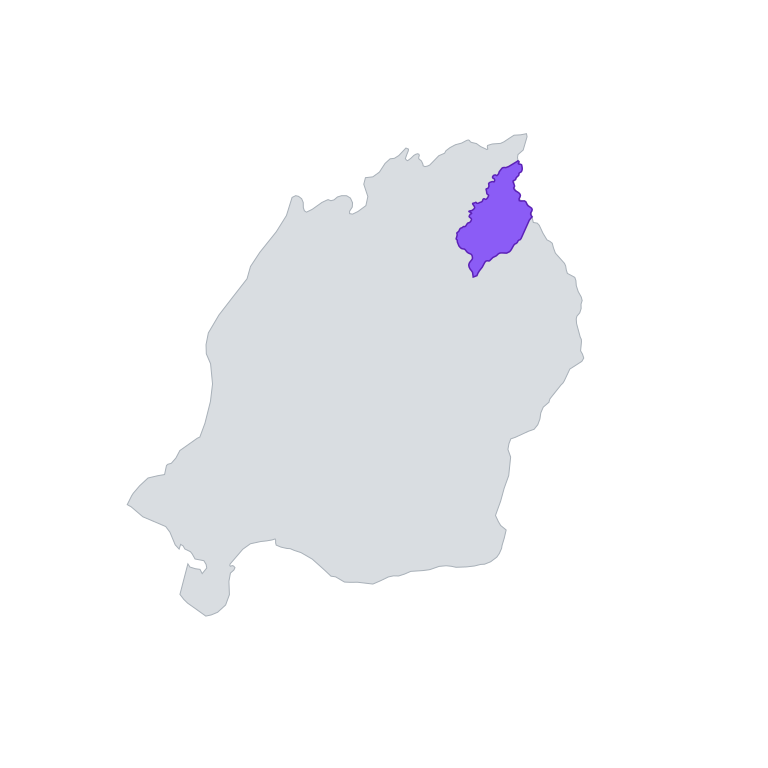 Arad on a map of Romania (Equal Earth projection), rotated 117°
{"feature_id": "ROU-276", "entity_name": "Arad", "entity_type": "County", "adm_level": 1, "iso_a3": "ROU", "parent_name": "Romania", "parent_adm1": "", "projection": "equal_earth", "projection_center": [21.659, 46.275], "detail": "fine", "context": "in_parent", "style": "filled", "palette": "violet", "viewbox_px": 768, "rotation_deg": 117, "n_neighbors": 0, "source": "natural_earth", "source_scale": "10m", "svg_char_len": 6698}
<svg xmlns="http://www.w3.org/2000/svg" viewBox="0 0 768 768"><g transform="rotate(117 384 384)"><path d="M580.3,422.3L587.0,430.5L595.3,434.8L614.3,439.4L615.9,438.9L616.1,438.0L614.7,436.8L614.5,435.3L615.3,433.4L617.9,433.3L622.2,435.0L630.2,432.6L641.9,426.1L652.8,424.8L662.9,428.6L668.2,433.1L671.7,437.4L670.9,442.6L670.4,445.9L668.4,459.5L666.8,464.6L664.1,470.3L633.3,477.1L635.2,473.8L634.2,468.1L632.7,463.8L635.5,459.9L628.4,458.4L625.5,460.6L623.2,464.3L625.7,472.9L622.5,477.7L621.3,480.3L621.4,486.6L619.5,489.4L619.2,492.4L624.1,491.6L622.1,497.0L613.2,507.5L610.1,513.8L611.8,538.6L608.2,553.6L608.1,558.0L598.1,558.1L595.1,557.8L585.6,555.5L574.9,551.6L568.4,543.9L564.3,538.4L555.4,540.8L553.7,540.2L551.2,537.5L544.4,535.8L536.0,535.7L517.0,525.7L514.9,524.0L500.3,525.7L478.4,530.7L461.8,536.8L444.7,547.7L437.8,556.0L429.8,560.4L418.2,563.7L397.4,562.4L375.7,558.3L352.4,553.8L339.9,556.3L322.9,554.4L297.3,549.1L278.2,547.4L259.5,550.6L256.3,548.2L255.6,545.4L256.3,541.5L258.9,538.4L263.4,536.0L265.8,533.6L266.1,531.1L260.9,527.2L250.5,521.8L246.1,518.4L245.1,517.5L244.8,514.5L242.6,512.1L238.5,510.4L235.4,507.2L233.2,502.7L233.6,498.3L236.8,494.3L240.8,492.6L245.7,493.1L247.8,492.0L246.9,489.1L242.1,485.5L233.3,481.1L224.3,483.5L215.2,492.7L208.6,494.2L204.5,488.0L197.3,484.3L187.0,483.2L180.6,480.8L178.2,477.2L173.7,474.5L163.8,471.6L163.6,468.8L165.3,468.2L168.8,467.9L173.5,467.3L174.3,465.7L174.3,464.3L170.6,462.5L166.8,461.2L164.9,460.0L163.6,458.6L163.4,457.2L164.5,456.2L166.0,456.1L167.5,455.3L168.3,451.9L170.4,449.2L171.8,448.2L171.7,446.2L170.2,444.3L168.2,442.7L165.1,441.7L155.7,438.8L150.9,434.8L148.0,434.7L143.4,432.5L138.4,429.0L134.1,424.2L129.5,421.0L128.3,419.7L128.2,418.4L129.0,417.1L129.0,415.6L127.8,410.8L128.6,405.7L128.4,401.0L128.4,398.8L127.5,398.2L126.7,398.9L125.5,399.8L124.4,400.0L121.0,396.5L116.7,389.4L113.8,387.1L108.1,383.9L103.3,381.1L99.9,375.3L96.3,370.7L98.7,368.8L112.4,366.2L118.8,368.8L121.7,367.8L124.5,365.7L126.0,364.0L126.3,362.2L127.7,360.0L132.4,358.9L144.6,360.3L149.6,357.2L151.4,355.4L152.5,351.7L153.8,348.6L158.2,347.0L158.1,344.3L157.5,341.3L160.0,334.6L161.6,331.8L164.1,330.8L167.1,328.7L172.3,324.3L171.1,320.5L172.1,317.7L177.5,310.8L181.6,304.2L181.6,300.9L182.2,298.0L185.8,294.8L189.6,290.7L194.6,277.9L196.4,275.7L199.7,273.3L202.2,270.8L202.4,262.4L204.7,260.0L209.1,257.3L213.5,252.9L217.0,247.7L219.7,245.3L223.4,244.7L227.3,242.6L231.7,241.9L236.0,242.9L238.7,242.3L242.8,239.8L253.2,230.4L254.6,228.5L256.8,227.2L265.2,223.9L267.3,220.7L270.2,217.8L274.0,218.0L286.3,225.2L299.4,224.8L301.9,225.0L302.6,225.2L304.2,225.8L321.8,229.4L324.5,229.0L325.2,228.7L332.3,231.6L338.5,231.2L344.4,229.2L350.5,228.5L356.2,229.7L360.6,233.9L371.9,242.8L375.3,246.1L380.4,245.6L386.0,243.9L391.6,238.0L409.0,231.3L422.4,229.6L435.4,226.9L450.5,225.0L454.8,219.5L457.1,215.8L458.6,208.9L466.7,206.9L474.4,205.5L477.1,204.6L482.8,204.3L487.1,204.9L494.0,208.3L498.9,212.6L500.9,216.0L505.1,220.8L509.6,227.6L514.6,236.6L515.8,241.1L517.7,246.1L521.5,252.1L528.4,258.7L529.4,260.0L532.6,264.7L538.8,275.1L543.9,279.3L548.4,283.8L550.6,288.4L553.9,292.5L561.3,298.1L567.3,303.1L572.6,317.5L576.1,324.2L578.4,329.3L577.8,339.6L579.3,344.0L576.9,352.1L572.6,368.4L571.9,381.4L573.0,388.4L573.3,392.9L574.6,395.8L576.1,401.7L576.5,406.9L574.8,408.4L572.4,409.6L571.5,410.7L573.8,413.0L577.1,417.4L580.3,422.3Z" fill="#d9dde1" stroke="#a8b0b8" stroke-width="1"/><path d="M164.9,331.0L166.2,330.4L167.4,328.9L167.8,327.9L169.1,328.3L172.0,328.9L192.1,327.9L193.6,328.2L194.0,328.6L194.5,329.1L195.3,329.5L196.1,329.5L197.2,329.5L198.0,329.7L199.0,330.2L199.8,330.9L201.3,331.4L206.6,331.6L208.2,331.9L209.3,332.3L210.0,332.9L211.3,333.8L211.8,334.3L212.2,335.2L213.6,338.3L214.3,339.6L215.2,340.6L216.4,341.3L217.9,341.8L218.9,342.2L221.8,344.4L226.3,345.9L226.8,346.4L227.0,347.1L227.3,347.9L228.0,348.8L228.9,349.2L229.8,349.4L235.3,349.5L239.9,350.4L242.7,350.6L245.3,350.4L248.2,353.1L244.3,355.8L243.2,357.8L242.7,359.1L241.3,361.1L240.0,362.2L238.9,362.7L237.5,362.9L236.3,362.8L233.0,362.1L231.9,362.2L231.0,362.7L229.6,363.8L229.1,364.6L228.8,365.5L229.0,368.0L228.9,369.1L228.6,370.3L227.8,371.9L227.4,372.9L227.3,373.6L227.9,375.5L228.1,376.3L228.0,377.2L227.6,378.5L227.0,379.9L224.2,383.1L223.1,383.7L222.8,383.9L222.5,384.2L222.2,385.3L221.9,385.6L221.5,385.8L220.5,385.9L218.2,386.4L217.8,386.6L217.3,386.9L216.9,387.3L216.5,387.6L216.0,387.6L214.5,386.9L213.7,386.7L212.5,386.8L211.5,386.8L210.6,386.6L210.0,386.1L209.5,385.6L209.1,385.3L208.1,384.9L207.6,384.6L207.3,384.2L207.2,383.6L206.8,383.2L206.2,382.9L203.8,382.7L202.7,382.5L202.0,381.9L201.5,381.3L200.8,380.9L199.9,380.6L198.5,380.6L197.8,380.7L197.3,381.0L197.1,381.4L196.9,381.8L196.5,383.6L196.3,384.0L195.9,384.3L195.4,384.3L194.1,384.3L193.5,384.2L192.9,383.7L192.5,383.4L192.2,383.4L191.9,383.9L191.8,384.4L191.8,385.1L191.9,386.2L191.8,386.6L191.5,386.7L191.2,386.5L190.6,385.9L189.9,384.9L189.4,384.4L188.7,384.0L186.7,383.2L185.9,383.2L185.4,383.5L184.9,384.0L184.1,385.3L183.5,386.5L183.1,386.9L182.7,386.9L182.2,386.4L181.9,385.9L181.5,385.5L180.8,385.0L180.5,384.8L180.4,384.4L180.5,384.1L180.8,383.6L180.8,383.2L180.6,382.7L180.1,382.0L178.8,381.1L177.5,379.8L176.9,379.5L176.2,379.4L174.6,379.6L173.9,379.4L173.5,378.9L173.4,378.2L173.4,377.6L173.3,377.1L172.8,376.7L171.9,376.4L169.9,376.2L168.9,376.3L168.2,376.6L168.1,377.0L168.1,377.5L168.0,378.1L167.8,378.6L167.4,379.0L165.8,380.1L164.4,381.3L164.0,381.5L163.6,381.4L162.8,380.5L162.1,380.2L161.1,380.2L160.2,380.3L159.6,380.6L158.1,381.7L157.3,381.7L156.3,381.2L154.7,379.7L154.2,378.8L154.1,378.1L154.0,377.8L153.6,377.6L152.6,377.7L152.0,378.0L151.5,378.5L151.2,378.9L151.1,379.3L151.1,380.2L151.0,380.7L150.7,381.0L150.3,381.3L149.7,381.3L148.8,381.2L148.0,380.8L147.2,379.8L147.1,379.3L147.2,378.4L147.0,378.0L146.3,377.7L145.0,377.4L144.3,377.4L143.2,377.6L142.6,377.7L138.9,377.0L138.0,376.8L137.3,376.3L136.5,375.2L135.9,373.7L133.7,371.7L125.2,366.4L124.3,366.0L124.4,365.1L124.7,364.5L125.1,364.4L125.7,364.5L126.3,364.6L126.8,364.2L126.8,363.6L126.2,361.8L126.2,361.1L126.4,360.7L128.8,358.9L129.4,358.6L130.0,358.3L131.3,358.0L132.5,358.0L133.1,358.3L134.2,359.1L134.7,359.3L135.3,359.3L136.1,358.9L136.6,358.7L137.6,358.9L139.9,359.8L141.1,359.8L141.6,359.6L142.1,359.6L142.6,359.8L143.0,360.2L144.2,361.1L145.3,360.8L148.2,357.6L148.6,357.4L150.4,357.5L150.9,357.1L151.6,355.9L152.2,354.4L152.4,350.9L153.0,349.2L154.0,348.1L155.2,347.8L157.8,347.7L159.2,346.7L158.8,345.0L157.1,342.0L157.2,340.4L158.1,339.2L159.1,338.0L159.8,336.6L160.1,333.6L160.4,332.1L161.4,331.1L162.7,330.8L164.9,331.0Z" fill="#8b5cf6" stroke="#5b21b6" stroke-width="1.5"/></g></svg>